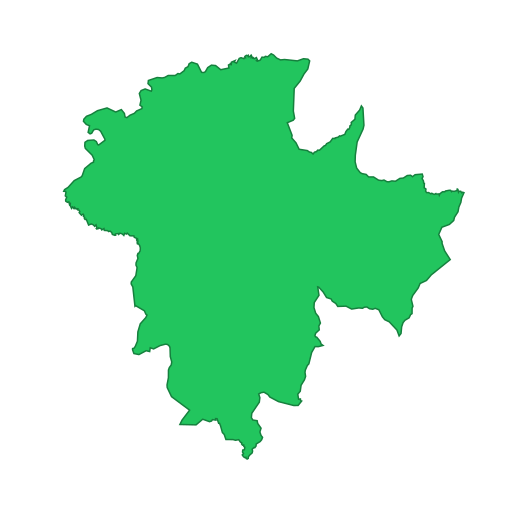 the district of Shiwang'Andu, Muchinga, Zambia, rotated 7°
{"feature_id": "96606910B14962040673296", "entity_name": "Shiwang'Andu", "entity_type": "district", "adm_level": 2, "iso_a3": "ZMB", "parent_name": "Zambia", "parent_adm1": "Muchinga", "projection": "robinson", "projection_center": [31.599, -11.088], "detail": "fine", "context": "isolated", "style": "filled", "palette": "green", "viewbox_px": 512, "rotation_deg": 7, "n_neighbors": 0, "source": "geoboundaries", "source_scale": "gbopen_adm2", "svg_char_len": 6012}
<svg xmlns="http://www.w3.org/2000/svg" viewBox="0 0 512 512"><g transform="rotate(7 256 256)"><path d="M454.7,167.8L453.3,167.5L452.5,168.2L451.3,166.8L449.6,167.0L449.2,167.9L448.3,165.3L447.6,165.0L447.4,166.6L444.8,167.7L442.7,167.7L442.3,168.3L441.1,167.1L439.8,167.2L436.1,168.4L435.6,169.2L433.2,169.6L431.0,171.7L430.5,173.3L430.0,172.1L427.2,172.6L426.9,172.1L425.3,173.2L422.8,172.3L422.0,173.0L419.6,172.0L417.7,172.3L416.5,171.1L416.5,168.8L414.6,167.8L414.3,163.4L413.5,163.2L413.1,161.2L411.4,158.8L412.1,156.9L411.0,154.4L404.0,155.9L401.7,158.2L399.6,157.0L396.3,157.7L392.7,160.7L389.4,161.4L385.3,164.8L381.7,164.9L378.8,166.2L376.9,166.3L373.8,165.0L371.7,165.8L368.4,165.8L363.0,163.2L358.1,163.8L355.4,161.6L351.2,161.3L349.2,160.5L345.2,156.5L342.9,150.4L342.3,143.8L342.5,130.5L346.8,117.0L347.2,113.1L344.1,96.1L342.3,94.2L341.1,98.5L337.4,104.0L337.5,108.2L334.2,111.9L334.6,113.0L334.3,114.6L333.4,115.3L333.4,117.1L332.6,119.0L331.6,118.9L330.1,121.5L329.3,124.5L325.0,126.8L324.3,126.6L323.1,128.0L320.1,129.2L320.0,129.8L317.8,129.9L315.7,133.7L312.4,135.9L311.5,137.8L310.2,138.4L306.1,143.3L304.3,143.4L303.3,145.0L301.4,145.8L300.2,147.8L298.2,146.4L296.6,146.4L294.1,145.1L285.8,144.8L281.9,138.8L277.1,134.5L277.1,131.8L270.8,119.9L276.4,116.7L277.6,114.7L275.4,107.6L273.5,85.0L278.5,77.0L281.5,69.4L284.6,64.1L285.5,55.8L283.6,54.3L279.1,54.4L273.3,57.3L260.4,57.5L256.4,58.4L252.3,57.0L249.0,54.4L246.4,53.4L243.4,56.8L240.9,56.7L240.1,57.8L237.7,57.9L236.3,61.1L233.6,62.5L232.7,62.1L233.6,61.3L232.2,59.0L230.5,60.3L228.9,60.1L229.2,59.5L228.5,59.1L227.1,59.7L227.3,58.1L226.7,57.2L225.4,58.9L224.2,59.2L223.8,57.7L223.0,58.3L222.0,58.0L220.6,59.3L221.4,60.5L220.1,60.9L219.9,61.6L217.0,61.0L215.3,61.9L213.2,67.0L210.8,66.2L211.4,64.6L208.0,66.6L208.1,68.6L207.4,68.3L207.5,69.0L206.8,68.7L205.4,69.8L206.2,72.7L198.3,75.4L192.7,71.9L188.5,72.0L185.1,74.9L183.3,79.2L182.1,80.2L179.6,80.4L174.5,72.7L168.6,71.5L166.2,73.3L165.5,76.3L162.9,78.2L162.1,80.8L158.2,84.6L156.3,84.4L153.8,86.7L146.9,87.5L143.6,89.9L141.2,90.7L136.1,90.9L127.8,94.9L127.8,98.1L131.7,101.1L132.4,103.6L132.0,105.2L125.6,103.7L121.8,105.8L120.4,108.9L122.9,115.4L122.4,120.4L124.8,121.8L124.8,123.6L119.8,126.6L117.9,129.2L113.8,131.6L111.0,134.4L109.1,134.0L108.0,130.5L104.5,127.1L99.2,130.2L90.1,127.2L80.9,131.1L75.3,135.5L70.7,138.0L68.5,141.1L68.3,143.3L71.5,146.1L74.9,147.0L74.3,153.7L76.4,155.0L77.1,154.7L78.0,154.1L79.5,150.6L81.6,149.6L84.3,149.6L86.6,151.1L91.7,158.3L92.0,159.5L86.3,165.0L85.3,164.7L83.6,161.9L81.0,160.6L74.9,161.8L72.4,164.0L72.6,167.7L73.5,170.0L81.1,175.9L83.7,180.1L83.1,181.6L83.3,182.7L81.0,184.0L75.3,190.1L73.7,197.5L72.8,198.9L66.4,203.3L61.1,210.8L57.9,213.4L57.3,215.2L59.2,215.1L59.6,216.0L59.4,219.6L61.0,220.6L60.2,223.5L60.5,224.8L62.3,225.7L63.6,225.1L64.5,227.4L65.3,225.7L65.4,228.5L67.1,231.2L67.8,229.7L68.9,230.6L69.7,229.6L70.4,230.1L70.0,231.1L73.2,230.8L72.8,231.5L73.5,232.0L74.7,232.0L75.7,233.3L75.2,234.5L77.8,236.8L79.2,235.5L80.2,236.6L79.9,237.7L81.3,238.7L81.1,239.8L82.0,240.6L83.1,240.3L86.1,245.7L88.5,244.3L90.6,244.8L92.3,246.2L93.4,244.6L94.8,247.6L94.1,248.1L94.5,248.6L96.1,248.1L96.4,247.3L99.0,247.8L99.7,248.9L101.7,247.3L102.3,249.1L105.6,248.9L106.7,249.7L108.1,249.1L109.9,250.2L110.8,252.1L113.3,252.7L114.0,252.5L113.5,251.8L113.9,251.2L116.6,250.5L117.1,251.3L118.2,249.9L120.6,250.4L122.3,251.7L122.8,249.5L124.7,250.0L125.4,249.0L128.5,251.3L132.3,250.9L132.9,252.3L135.3,253.0L135.6,254.6L136.4,253.7L137.0,255.9L136.3,256.7L137.2,257.5L136.3,258.7L137.6,258.0L139.2,259.7L140.2,262.0L140.4,265.0L139.1,267.9L138.5,267.9L138.1,269.9L139.1,272.8L137.8,277.4L138.0,279.7L139.4,282.0L139.1,290.2L135.4,297.0L135.5,298.9L137.5,301.7L142.0,320.7L142.7,320.0L151.9,324.0L153.8,327.2L155.0,327.9L154.1,330.6L149.4,337.4L148.0,345.7L148.7,355.0L147.2,360.4L146.1,362.5L144.8,362.9L144.9,364.1L146.7,367.7L151.8,368.1L158.5,363.4L162.1,363.8L162.2,360.0L165.7,360.7L171.7,356.6L177.0,354.5L179.0,354.6L181.2,356.2L181.9,357.8L183.2,366.3L185.3,371.5L185.1,374.6L183.6,377.2L183.0,379.8L183.9,387.5L183.4,394.8L183.9,397.4L189.3,405.9L208.9,417.1L202.6,427.9L201.0,432.5L217.1,430.9L223.0,424.5L230.1,426.1L232.0,425.2L232.7,423.7L236.1,423.8L235.7,422.3L237.2,422.2L239.3,426.6L240.2,426.5L241.5,428.9L244.2,435.4L246.2,437.0L248.5,441.8L255.6,441.0L258.1,441.4L261.2,440.4L263.2,442.6L264.6,443.1L264.6,444.3L265.7,445.4L266.8,445.1L267.2,446.6L268.2,447.1L268.1,449.7L266.5,450.2L266.5,452.2L267.7,453.7L266.6,455.1L268.1,456.8L269.6,457.5L270.5,457.0L270.9,458.2L272.0,458.6L273.0,457.8L272.9,456.3L273.9,454.5L276.2,451.9L276.4,450.0L275.7,448.3L277.3,446.4L278.1,446.5L279.2,444.6L279.1,442.6L282.7,439.7L284.0,437.7L284.6,435.2L282.9,433.5L281.3,430.2L282.0,426.3L278.1,422.0L277.2,419.3L272.9,419.2L271.1,417.0L271.0,412.6L277.1,400.7L277.1,396.2L275.5,392.6L277.6,391.1L280.5,390.2L284.8,392.1L286.9,394.3L296.1,397.8L311.7,399.8L316.0,399.2L319.0,394.4L317.9,394.1L317.5,392.5L315.7,392.9L314.3,388.1L316.4,384.8L316.5,378.8L319.2,372.9L319.9,369.4L318.8,365.5L318.9,363.1L320.3,358.4L321.6,356.6L323.0,345.0L325.6,338.7L328.9,338.4L333.4,336.6L331.3,335.4L330.1,332.9L326.1,329.1L324.9,329.0L324.2,327.8L324.6,325.4L327.8,321.6L326.9,317.8L328.1,314.7L325.3,308.5L322.2,305.5L319.8,300.1L319.5,295.1L323.3,287.3L321.0,279.1L322.1,279.3L327.0,283.5L331.1,288.6L335.8,289.5L337.2,291.5L341.0,293.4L343.3,296.1L351.5,294.8L357.4,297.0L364.4,295.0L368.1,294.9L369.8,293.6L372.3,293.1L375.1,294.5L378.4,294.6L380.7,293.4L384.5,294.4L388.8,300.9L391.5,303.5L396.3,305.1L404.9,312.3L407.8,317.9L409.4,315.2L409.2,308.5L410.1,304.2L411.7,301.6L415.5,298.7L416.6,295.3L417.9,294.2L417.3,288.7L417.9,286.8L415.5,280.4L415.6,279.1L416.4,276.0L420.9,267.9L422.2,263.3L428.2,259.5L432.3,253.3L449.2,235.9L442.6,227.9L439.1,220.7L439.0,219.1L434.7,212.3L437.0,204.8L444.1,201.1L447.9,196.7L448.3,193.3L451.1,187.5L451.4,182.6L452.8,177.8L453.0,173.5L454.7,167.8Z" fill="#22c55e" stroke="#15803d" stroke-width="1.5"/></g></svg>